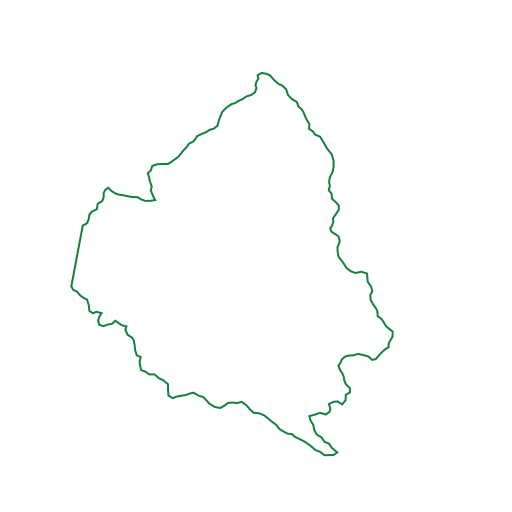 the district of Anitápolis, Santa Catarina, Brazil, rotated 119°
{"feature_id": "56859067B93916704191286", "entity_name": "Anitápolis", "entity_type": "district", "adm_level": 2, "iso_a3": "BRA", "parent_name": "Brazil", "parent_adm1": "Santa Catarina", "projection": "albers", "projection_center": [-49.138, -27.872], "detail": "fine", "context": "isolated", "style": "outline", "palette": "green", "viewbox_px": 512, "rotation_deg": 119, "n_neighbors": 0, "source": "geoboundaries", "source_scale": "gbopen_adm2", "svg_char_len": 3287}
<svg xmlns="http://www.w3.org/2000/svg" viewBox="0 0 512 512"><g transform="rotate(119 256 256)"><path d="M395.1,130.8L394.8,125.5L394.9,121.8L395.7,115.6L396.9,110.1L396.2,104.8L397.1,99.6L394.9,95.9L392.6,91.8L388.4,89.7L387.0,96.7L384.7,101.4L385.3,106.0L382.9,110.8L382.7,116.4L379.7,121.0L376.0,123.9L373.4,128.6L370.2,131.7L366.4,127.8L362.1,124.0L360.8,118.1L356.7,116.1L353.5,117.0L350.1,120.5L345.9,117.4L343.7,114.2L344.0,108.7L338.7,107.7L333.9,110.2L329.8,107.7L326.1,109.8L324.4,115.6L321.9,118.5L319.0,120.8L317.0,123.3L314.8,127.4L312.0,130.7L308.1,130.4L304.8,130.7L301.0,129.5L298.2,126.7L295.7,122.7L292.2,119.4L290.6,114.2L289.4,109.0L290.6,104.2L288.2,101.3L284.4,100.5L281.4,99.8L278.3,98.9L274.7,97.8L271.6,95.8L268.0,97.6L263.8,97.6L260.5,97.4L255.9,99.8L255.0,104.8L254.3,108.4L252.2,111.9L250.2,115.6L249.7,120.3L245.6,123.0L243.6,125.7L241.6,129.9L239.0,134.3L234.5,137.2L230.6,137.1L227.0,140.5L224.4,145.7L221.3,147.9L217.5,150.4L218.7,156.2L222.6,160.7L223.4,165.6L222.6,171.1L219.3,177.1L216.7,183.3L212.8,186.6L208.6,189.1L205.1,189.3L201.8,190.3L198.8,193.5L198.4,198.0L198.2,201.9L195.9,204.4L191.9,204.2L188.5,205.0L185.9,206.9L181.3,206.5L175.3,206.0L171.7,208.1L170.2,212.5L169.0,217.4L164.9,220.1L163.2,224.3L158.8,225.4L155.8,228.0L151.2,229.6L146.2,229.6L140.6,231.2L135.1,234.3L130.4,239.0L127.8,245.5L125.1,250.0L122.7,254.0L120.6,257.9L121.2,262.8L119.4,266.8L119.0,271.4L115.0,273.0L112.8,276.8L110.1,280.7L107.2,284.2L105.5,287.4L104.8,291.1L101.5,295.0L101.4,300.2L99.7,306.0L95.6,310.4L94.2,315.6L94.6,320.0L93.2,326.1L91.3,331.0L91.5,335.0L93.2,339.9L97.0,342.2L99.7,339.9L103.1,340.1L106.7,339.3L109.0,336.9L113.3,336.3L117.5,338.3L121.4,342.0L125.2,343.7L129.0,346.6L132.4,348.4L135.0,351.0L140.4,353.7L146.2,355.4L151.2,354.8L155.3,354.2L160.6,352.9L164.9,354.5L168.3,357.8L171.9,359.7L175.5,362.6L179.9,365.7L183.3,365.7L186.7,366.6L190.1,369.0L194.2,369.4L198.9,370.7L203.5,371.4L207.1,372.1L210.7,373.8L214.3,375.5L218.1,377.5L220.6,381.7L223.1,386.2L227.4,390.4L232.2,389.5L236.1,390.8L238.5,388.1L242.0,385.2L245.7,380.9L249.7,379.8L253.5,375.1L255.9,371.3L259.1,375.3L261.5,379.6L262.2,384.1L261.9,388.1L264.3,392.5L265.9,397.1L267.3,401.8L268.6,405.0L269.4,408.4L269.3,413.6L267.9,418.3L270.8,419.8L274.8,419.8L278.0,417.9L282.2,417.1L287.1,419.7L292.3,417.9L296.7,421.0L300.5,421.8L304.6,420.3L309.2,419.6L313.3,422.3L372.1,402.8L374.3,399.3L373.9,395.3L375.7,390.7L376.2,386.8L376.0,382.7L379.9,378.6L384.9,375.0L385.1,370.8L382.1,368.5L380.9,363.4L385.1,363.6L389.3,362.7L392.2,359.6L391.4,355.5L387.8,352.3L384.9,348.9L380.8,347.6L381.3,343.9L381.6,340.0L380.4,335.1L383.9,334.5L387.2,329.9L387.4,325.1L389.0,322.0L392.6,319.1L397.1,315.9L400.6,312.2L400.3,307.9L405.1,306.5L408.9,303.4L411.6,301.0L410.8,297.3L411.3,291.8L408.7,287.4L410.0,281.6L409.6,277.0L410.8,270.8L415.3,268.3L420.4,265.0L420.7,259.7L418.0,257.9L414.0,253.0L411.6,249.9L408.4,247.2L405.8,244.3L405.9,238.5L405.0,234.0L406.2,229.4L407.7,225.4L408.0,219.0L406.4,213.7L402.1,211.0L398.0,209.2L395.5,205.4L393.9,201.3L390.5,198.0L391.0,192.8L393.2,186.6L394.3,182.2L392.1,177.1L391.4,171.7L392.1,167.3L393.1,162.4L393.8,156.7L396.0,151.6L396.2,146.2L396.0,141.9L394.3,137.9L395.3,134.6L395.1,130.8Z" fill="none" stroke="#15803d" stroke-width="2"/></g></svg>